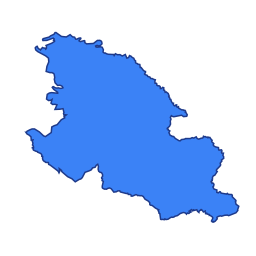 outline of Texcatepec, Veracruz, Mexico, rotated 264°
{"feature_id": "50627088B91275102089847", "entity_name": "Texcatepec", "entity_type": "district", "adm_level": 2, "iso_a3": "MEX", "parent_name": "Mexico", "parent_adm1": "Veracruz", "projection": "equal_earth", "projection_center": [-98.314, 20.622], "detail": "fine", "context": "isolated", "style": "filled", "palette": "blue", "viewbox_px": 256, "rotation_deg": 264, "n_neighbors": 0, "source": "geoboundaries", "source_scale": "gbopen_adm2", "svg_char_len": 5775}
<svg xmlns="http://www.w3.org/2000/svg" viewBox="0 0 256 256"><g transform="rotate(264 128 128)"><path d="M38.6,230.0L40.9,227.5L43.1,227.2L43.8,227.2L44.2,227.8L44.9,227.6L48.7,224.5L50.2,224.7L51.0,224.2L51.5,220.9L52.6,219.9L52.0,219.2L53.5,213.8L54.8,213.2L55.1,212.7L54.1,211.0L54.7,209.6L57.1,209.9L58.2,207.3L59.7,206.5L60.6,206.3L60.9,206.9L62.7,207.6L64.0,207.2L64.4,206.5L64.2,205.8L65.5,205.5L65.8,205.0L66.6,205.5L66.9,206.3L68.0,206.2L68.3,206.7L70.0,206.8L71.0,207.5L71.6,208.0L71.9,209.3L75.4,212.2L76.1,211.4L77.3,211.7L80.4,215.4L81.6,216.3L83.4,216.0L85.3,217.9L86.4,217.6L87.8,220.0L89.6,220.1L90.9,219.5L93.0,220.3L93.3,218.6L94.4,218.4L95.3,219.1L96.5,218.7L96.5,216.3L96.8,215.9L99.1,215.9L100.1,213.0L101.4,211.3L102.3,211.0L103.6,211.7L105.2,210.1L106.0,209.9L107.0,210.4L107.2,210.0L110.1,208.4L110.0,206.5L110.6,206.6L110.7,204.8L111.4,204.0L111.3,203.2L111.9,202.2L110.5,201.6L110.2,201.0L110.2,199.6L109.5,197.2L110.3,195.7L112.1,194.9L111.1,192.3L111.7,190.8L111.0,188.9L111.5,184.0L111.0,183.1L110.9,179.9L109.8,178.6L109.9,177.6L112.7,173.9L114.8,172.5L115.0,171.0L115.4,170.9L116.3,169.2L119.1,168.2L120.7,169.3L121.9,167.7L122.5,167.9L122.9,167.0L123.6,167.0L125.3,169.4L127.4,170.7L130.6,170.8L132.3,171.7L134.1,171.2L135.7,172.4L135.0,173.2L134.4,174.7L135.1,182.6L133.5,184.5L133.5,187.6L134.9,188.3L137.4,187.2L137.8,186.6L138.6,187.1L139.7,186.4L139.7,185.2L140.2,184.9L140.5,183.2L142.5,180.4L143.9,180.4L143.5,179.1L144.6,178.6L145.9,178.8L146.0,178.1L145.1,177.0L145.3,176.4L146.6,175.5L147.9,175.8L148.1,174.8L149.9,173.9L151.9,173.6L152.1,172.8L153.5,172.7L154.3,172.0L155.2,171.8L155.4,172.3L158.1,171.6L159.9,169.7L159.6,168.7L161.7,168.3L162.0,167.4L164.3,167.8L164.8,166.7L163.8,165.3L163.8,164.3L165.9,164.3L166.6,163.6L167.0,161.8L167.5,161.2L169.1,161.2L169.5,160.9L169.7,159.6L171.7,159.6L173.1,160.2L173.7,158.6L174.6,157.4L174.9,155.7L176.4,155.1L177.2,153.0L178.3,152.7L179.4,150.5L180.0,150.1L181.4,151.2L182.4,151.3L182.6,150.5L183.9,149.2L186.8,147.4L186.9,146.5L189.9,146.4L190.6,144.2L191.1,144.0L191.7,142.7L192.7,142.3L193.8,142.6L195.1,141.5L196.7,141.1L198.0,139.3L199.4,138.2L199.4,137.4L199.8,137.0L198.5,136.3L197.8,135.3L197.6,134.2L201.4,133.0L200.2,129.8L201.8,127.7L202.0,125.1L203.2,123.2L201.5,121.8L202.6,121.4L203.4,116.0L204.2,114.1L204.9,113.5L204.8,112.8L205.5,111.7L206.2,111.1L208.4,111.7L211.0,110.8L211.6,109.2L211.6,105.7L211.9,104.7L212.7,104.3L213.0,104.3L213.4,105.8L212.7,107.5L212.8,108.8L214.0,110.6L214.9,111.0L216.6,110.8L217.4,110.3L218.1,109.2L218.3,106.7L215.7,102.5L216.0,95.6L217.4,94.0L219.2,94.1L219.5,93.7L218.9,89.6L219.8,88.4L220.3,88.5L221.6,90.3L222.2,90.5L222.6,89.9L222.4,88.2L221.7,86.4L221.9,85.2L223.9,84.4L224.5,82.3L226.9,80.2L225.0,76.2L226.0,71.4L230.5,66.3L230.5,65.4L228.9,64.1L227.8,60.8L226.7,59.0L225.7,52.9L224.8,52.3L223.9,52.5L223.6,56.4L225.2,63.0L224.2,63.9L223.0,63.1L222.6,64.0L221.8,64.0L220.3,61.0L218.7,55.2L218.3,55.5L215.8,55.2L215.0,54.4L216.1,53.8L216.5,52.1L217.0,51.3L214.9,49.3L215.4,49.2L215.4,48.2L217.1,46.7L218.7,46.3L218.6,45.4L217.4,44.1L215.3,44.4L213.4,46.2L208.4,53.6L205.8,56.2L202.0,56.1L197.7,53.8L192.8,52.5L191.2,56.2L191.0,58.3L189.9,59.8L189.1,60.2L185.8,60.4L184.2,59.8L180.6,60.2L177.7,62.4L177.7,64.5L177.1,65.9L176.2,67.0L174.8,67.5L174.4,66.1L174.5,64.8L175.2,62.9L175.1,61.5L175.7,59.6L176.7,58.5L177.0,57.9L176.7,57.3L176.3,56.9L174.1,58.2L170.9,61.8L169.9,61.7L171.2,55.7L171.0,53.4L169.9,51.2L165.3,50.0L163.6,51.9L163.7,54.2L164.3,55.4L160.7,54.0L159.3,55.5L159.2,57.8L158.5,59.8L154.1,57.3L153.8,62.2L154.0,65.4L150.0,65.9L149.3,65.4L147.4,65.7L147.8,66.8L147.5,68.0L146.0,65.6L144.7,66.1L143.2,62.5L138.7,57.9L138.0,54.8L137.0,52.3L131.5,51.2L128.1,45.0L129.0,43.2L133.4,39.4L136.8,35.0L137.1,32.5L136.5,30.3L135.3,27.2L134.3,26.5L134.4,26.0L132.7,26.9L131.1,29.1L129.3,30.6L126.0,30.5L126.1,32.2L124.7,31.4L122.8,31.9L121.1,31.2L120.4,31.8L118.8,32.1L118.4,32.0L118.5,30.8L118.3,30.7L117.6,31.8L116.6,31.4L115.9,31.7L114.5,34.0L114.0,35.5L113.4,35.6L111.7,38.7L110.1,39.5L108.9,39.3L108.6,40.1L106.4,39.8L104.7,40.2L103.5,41.2L103.4,41.7L102.4,42.5L102.0,45.2L100.1,45.3L99.2,46.8L92.9,53.5L92.0,54.2L90.6,54.7L91.8,55.4L94.8,55.4L92.8,57.4L92.5,57.1L91.2,57.9L85.9,62.9L83.4,66.9L80.0,69.9L82.0,74.2L82.2,75.7L83.4,77.3L88.4,80.6L89.6,85.4L90.3,87.2L92.0,88.5L92.4,91.2L94.3,92.6L95.1,94.1L92.9,94.6L90.2,94.0L88.1,94.3L86.8,95.6L86.7,96.4L86.2,97.1L84.5,97.8L82.7,97.7L81.3,96.5L80.6,96.6L80.0,97.3L78.4,96.7L77.5,97.9L72.9,96.3L71.3,96.2L70.7,96.6L69.7,98.1L69.4,100.4L70.0,101.3L70.3,103.4L69.3,105.0L65.7,107.2L65.8,109.8L66.5,111.3L66.4,113.2L65.2,113.7L63.0,119.5L63.1,120.9L61.9,121.3L61.7,123.2L60.9,124.1L59.9,124.1L59.8,125.4L60.9,128.9L60.7,129.6L59.7,130.6L59.8,131.6L59.4,132.7L59.3,134.5L58.3,136.0L55.4,137.5L53.3,140.4L51.5,141.8L49.6,141.7L49.0,142.1L48.4,144.0L45.5,146.9L43.4,150.0L42.8,149.3L41.0,150.0L40.2,149.8L39.5,150.7L33.8,150.9L33.5,151.4L33.5,153.2L33.0,154.4L33.1,155.0L33.7,155.2L33.0,156.4L33.1,158.3L34.5,161.0L34.8,162.2L34.5,163.0L34.7,164.5L35.3,165.3L35.7,168.0L37.5,171.1L38.2,174.1L37.8,175.6L36.9,176.8L36.2,177.1L37.2,178.2L36.7,179.1L36.7,179.7L37.3,180.5L37.9,180.3L37.5,180.8L37.9,182.0L39.4,181.0L40.2,182.7L38.9,183.5L39.8,184.7L39.4,185.2L39.1,185.1L39.5,187.9L37.9,188.4L36.6,189.7L37.8,190.0L39.3,192.1L39.2,192.4L38.7,192.3L38.8,192.8L37.9,193.5L36.6,194.2L37.2,195.9L36.6,195.7L36.2,196.2L34.7,196.2L34.6,196.7L35.1,196.8L34.9,197.6L34.1,197.8L33.5,199.7L32.6,199.7L32.7,200.3L30.9,202.4L30.2,202.9L29.2,202.8L26.8,201.3L25.7,202.1L26.1,203.1L25.5,203.4L26.2,205.0L28.3,207.2L29.9,207.1L30.5,208.2L31.0,210.5L30.5,211.9L31.1,215.0L31.0,217.7L30.3,219.0L32.4,226.5L34.5,228.6L35.3,228.5L38.6,230.0Z" fill="#3b82f6" stroke="#1e3a8a" stroke-width="1.5"/></g></svg>